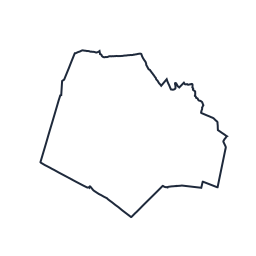 outline of Sabareni, Giurgiu, Romania, rotated 165°
{"feature_id": "2599482B37773759614218", "entity_name": "Sabareni", "entity_type": "district", "adm_level": 2, "iso_a3": "ROU", "parent_name": "Romania", "parent_adm1": "Giurgiu", "projection": "natural_earth1", "projection_center": [25.872, 44.513], "detail": "fine", "context": "isolated", "style": "outline", "palette": "slate", "viewbox_px": 256, "rotation_deg": 165, "n_neighbors": 0, "source": "geoboundaries", "source_scale": "gbopen_adm2", "svg_char_len": 5627}
<svg xmlns="http://www.w3.org/2000/svg" viewBox="0 0 256 256"><g transform="rotate(165 128 128)"><path d="M160.1,213.9L161.1,212.6L165.1,207.3L167.4,204.2L169.9,200.8L170.6,199.9L177.2,191.2L177.6,191.2L179.5,190.4L184.0,177.0L185.0,177.0L187.9,172.5L190.2,168.7L195.5,160.0L199.6,153.3L204.3,145.7L206.8,141.6L211.2,134.3L221.4,117.7L221.1,117.0L217.8,113.6L216.9,112.8L216.0,112.0L214.6,110.7L213.7,109.9L212.0,108.2L210.4,106.8L206.4,102.9L202.2,99.0L192.2,89.6L186.0,83.9L182.7,81.0L182.1,80.9L181.3,81.0L181.0,80.9L180.8,80.4L179.8,81.4L179.5,81.1L178.9,79.6L178.6,79.1L177.9,77.4L177.5,76.7L176.6,75.5L176.1,75.1L175.9,74.8L174.4,73.1L173.9,72.6L173.7,72.3L173.3,71.8L172.8,71.5L172.2,70.8L171.8,70.6L171.6,70.4L169.0,67.8L166.4,65.5L166.3,65.2L165.9,64.5L164.7,62.9L162.6,60.3L160.1,56.9L157.8,54.1L154.9,50.0L148.1,41.2L147.7,41.2L142.7,44.1L141.8,44.5L136.8,47.4L134.8,48.6L132.4,50.0L115.7,59.5L110.9,62.3L109.7,63.0L109.4,63.1L109.1,62.9L108.8,62.5L108.3,62.0L107.5,61.4L107.1,61.2L106.4,60.9L106.0,60.9L105.7,60.7L105.7,60.8L105.1,60.7L103.9,60.7L103.2,60.6L102.3,60.5L101.7,60.4L101.4,60.4L98.4,59.8L98.2,59.8L97.6,59.7L96.2,59.5L96.2,59.4L95.9,59.4L95.7,59.3L95.1,59.2L92.5,58.7L91.9,58.6L90.9,58.5L72.7,51.3L69.8,56.7L69.6,56.8L62.5,51.6L61.4,50.8L57.2,47.7L56.8,47.6L42.8,75.5L42.4,76.3L40.0,81.1L39.5,82.2L39.4,82.2L39.3,82.4L38.6,83.8L38.5,84.7L38.5,84.8L39.4,89.8L39.4,90.2L39.3,90.5L39.2,90.7L38.9,91.0L38.6,91.3L37.7,92.2L36.4,93.1L35.2,94.1L35.1,94.3L34.9,94.3L34.6,94.4L35.0,94.8L36.6,96.8L38.8,99.3L39.7,100.4L41.7,102.7L41.4,104.2L41.0,105.9L40.7,107.1L40.4,109.0L40.2,109.8L40.1,110.2L40.1,110.7L40.3,111.1L40.4,111.4L40.8,111.9L41.4,112.8L42.5,114.7L42.8,115.2L43.2,115.6L43.7,116.1L44.6,116.7L46.3,118.1L48.3,119.6L53.3,123.5L53.4,123.8L53.3,124.4L53.0,124.8L52.7,125.2L52.6,125.6L52.1,126.3L51.6,126.9L51.4,127.4L51.3,127.7L51.2,128.5L50.8,128.9L50.3,129.4L50.0,129.9L49.7,130.2L49.5,130.3L49.3,130.5L49.4,131.1L49.4,131.3L49.5,131.9L49.6,132.7L49.6,133.3L49.7,133.8L49.8,134.0L50.2,134.5L50.4,134.7L50.6,135.0L50.8,135.3L51.0,135.5L51.3,135.6L51.8,135.8L52.5,136.3L52.8,136.9L52.9,137.1L53.0,137.4L53.0,137.9L53.1,138.3L53.2,138.6L53.4,138.8L53.8,139.1L54.1,139.2L54.3,139.4L54.4,139.6L54.4,140.3L54.4,140.6L54.4,140.9L54.6,141.2L54.9,141.6L55.1,141.7L55.1,141.8L55.0,142.0L54.7,142.4L54.3,143.3L54.2,143.6L54.1,144.0L54.1,144.3L54.0,144.7L53.8,145.3L53.7,145.6L53.8,146.0L54.0,146.5L54.5,147.0L54.9,147.4L55.3,148.0L55.3,148.3L55.3,148.5L55.2,148.7L54.9,149.0L54.8,149.4L54.9,149.6L55.1,149.9L55.2,150.4L55.3,150.5L55.2,150.7L55.0,151.2L54.9,151.5L54.8,152.0L54.6,152.6L54.5,152.9L54.5,153.2L54.5,153.4L54.5,153.6L54.6,153.8L54.9,154.0L55.1,154.1L55.3,154.1L55.6,154.1L55.9,154.1L56.3,154.1L56.7,154.0L57.0,154.1L57.3,154.2L58.2,154.1L58.7,154.3L58.8,154.3L59.0,154.4L59.2,154.5L59.4,155.0L59.6,155.1L59.8,155.1L60.2,155.1L60.5,155.1L61.0,155.2L61.6,155.5L61.8,155.7L61.9,156.0L62.0,156.4L62.3,157.3L68.0,153.9L68.3,154.4L68.5,154.7L68.9,155.1L69.1,155.4L69.3,156.3L69.5,157.1L69.7,157.6L69.8,158.2L69.8,158.4L70.2,158.9L70.3,159.1L70.5,159.1L70.9,159.1L71.0,158.9L71.1,158.7L71.2,158.4L71.2,157.6L71.2,157.0L71.4,155.9L71.7,154.6L71.8,154.3L72.0,154.0L72.4,153.7L72.8,153.5L73.8,153.3L74.3,153.3L74.6,153.4L75.2,153.5L75.7,153.8L76.5,154.1L76.7,155.1L76.8,155.9L77.1,158.2L77.2,158.8L77.3,159.5L77.5,160.1L77.6,161.0L77.9,163.1L77.9,163.4L78.0,165.1L85.0,160.2L85.5,161.5L85.8,162.1L86.1,162.6L86.4,163.2L86.6,163.8L86.8,164.5L87.1,165.6L87.2,166.0L87.9,167.2L88.2,168.0L88.2,168.4L88.2,168.8L88.2,169.2L88.4,169.6L88.5,169.8L88.9,170.6L89.1,171.4L89.4,172.3L89.7,172.9L89.9,173.3L90.2,174.4L90.3,174.6L90.5,174.9L90.7,175.2L90.8,175.5L90.9,176.0L91.0,176.3L91.2,176.6L91.3,177.1L91.6,177.5L91.7,178.2L91.8,178.4L91.9,178.5L92.1,178.7L92.7,179.2L92.8,179.3L93.0,179.8L93.1,180.0L93.1,180.4L93.3,181.1L93.5,181.6L93.5,181.9L93.5,182.1L93.5,182.3L93.6,182.6L93.7,182.9L94.0,183.8L94.0,184.0L94.0,184.3L94.0,184.6L93.8,185.6L93.8,185.8L93.9,186.5L93.9,186.8L93.9,187.1L94.4,188.6L94.8,189.5L95.0,190.3L95.4,191.5L95.5,192.0L95.6,192.6L95.8,193.4L96.0,196.0L96.4,196.4L96.6,196.5L96.9,196.6L97.6,196.8L98.4,196.9L99.4,197.0L100.5,197.0L101.3,197.1L102.4,197.2L102.7,197.2L103.0,197.2L103.4,197.4L103.6,197.4L104.2,197.3L104.4,197.3L105.5,197.5L106.0,197.6L106.4,197.8L107.0,197.9L107.9,198.0L109.1,198.3L111.1,198.5L112.2,198.8L113.1,198.9L113.7,199.0L114.4,199.0L114.8,199.1L115.2,199.2L115.8,199.3L116.4,199.4L117.4,199.6L118.4,199.9L119.0,200.0L119.3,200.1L120.0,200.4L120.6,200.6L121.8,200.7L122.1,200.8L122.4,200.9L123.0,201.0L123.7,201.1L124.5,201.4L124.8,201.5L125.1,201.5L125.5,201.5L126.0,201.7L126.3,201.8L126.8,202.0L127.1,202.0L127.5,202.1L127.8,202.1L128.2,202.1L128.7,202.0L129.1,201.9L129.4,201.9L129.6,201.9L130.0,202.0L131.2,202.3L131.4,202.4L132.4,202.4L132.7,202.5L133.0,202.6L133.5,203.0L133.8,203.2L134.0,203.4L134.4,204.0L134.6,204.4L134.6,204.6L134.7,204.8L134.7,205.0L134.7,205.4L134.8,205.7L135.1,206.1L135.3,206.3L135.5,206.5L135.6,206.8L135.8,206.8L135.6,209.7L136.1,209.5L136.5,209.3L137.0,209.2L137.6,209.1L138.1,209.1L138.9,209.1L139.2,209.1L139.5,209.3L139.8,209.5L140.4,209.9L140.9,210.2L141.2,210.3L141.8,210.6L142.9,210.9L143.2,211.0L143.5,211.2L143.7,211.3L144.1,211.3L144.6,211.5L144.9,211.7L145.2,211.9L145.4,212.1L145.6,212.2L146.2,212.5L146.9,212.8L147.4,212.9L147.7,212.9L147.9,213.1L148.6,213.4L149.2,213.7L150.1,214.0L150.5,214.2L150.9,214.4L151.2,214.5L151.7,214.7L151.9,214.8L152.1,214.8L152.4,214.8L154.1,214.5L154.8,214.3L155.5,214.3L156.3,214.3L159.2,213.8L159.6,213.8L159.9,213.8L160.1,213.9Z" fill="none" stroke="#1e293b" stroke-width="2"/></g></svg>